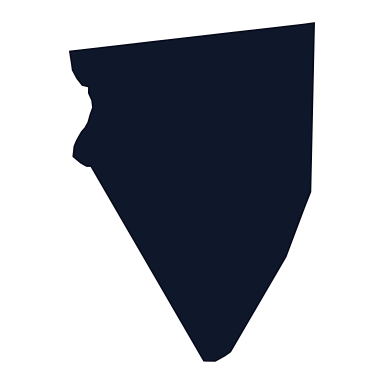 the district of Riachuelo, Rio Grande do Norte, Brazil
{"feature_id": "56859067B3974475260071", "entity_name": "Riachuelo", "entity_type": "district", "adm_level": 2, "iso_a3": "BRA", "parent_name": "Brazil", "parent_adm1": "Rio Grande do Norte", "projection": "robinson", "projection_center": [-35.891, -5.815], "detail": "fine", "context": "isolated", "style": "filled", "palette": "ink", "viewbox_px": 384, "rotation_deg": 0, "n_neighbors": 0, "source": "geoboundaries", "source_scale": "gbopen_adm2", "svg_char_len": 494}
<svg xmlns="http://www.w3.org/2000/svg" viewBox="0 0 384 384"><path d="M69.8,51.4L71.7,63.5L72.6,70.1L77.1,78.5L82.3,85.1L88.9,86.7L88.7,93.0L92.0,100.3L92.9,107.5L90.3,114.7L88.2,122.3L85.2,127.8L81.6,131.9L79.0,136.4L76.5,141.0L74.3,146.3L73.2,156.5L80.9,162.9L86.6,166.1L91.0,166.1L203.9,360.8L215.2,361.0L224.9,355.6L230.4,351.7L285.8,256.7L304.3,207.5L310.5,191.8L314.2,23.0L302.5,24.6L241.4,31.6L232.5,32.6L155.2,41.5L69.8,51.4Z" fill="#0f172a" stroke="#020617" stroke-width="1.5"/></svg>